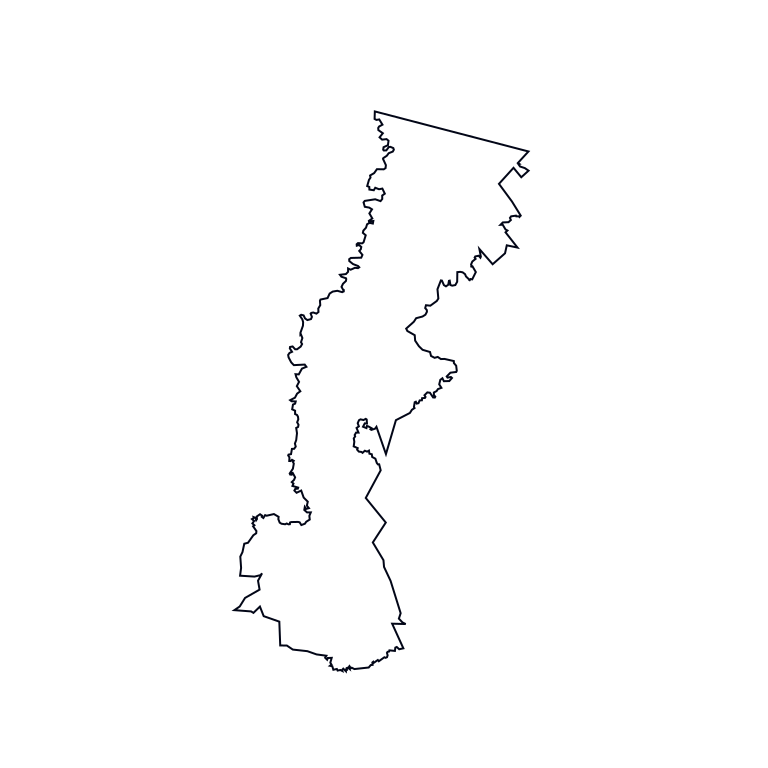 the district of San Juan Cotzocón, Oaxaca, Mexico, rotated 321°
{"feature_id": "50627088B74666108696895", "entity_name": "San Juan Cotzocón", "entity_type": "district", "adm_level": 2, "iso_a3": "MEX", "parent_name": "Mexico", "parent_adm1": "Oaxaca", "projection": "mercator", "projection_center": [-95.529, 17.312], "detail": "fine", "context": "isolated", "style": "outline", "palette": "ink", "viewbox_px": 768, "rotation_deg": 321, "n_neighbors": 0, "source": "geoboundaries", "source_scale": "gbopen_adm2", "svg_char_len": 6154}
<svg xmlns="http://www.w3.org/2000/svg" viewBox="0 0 768 768"><g transform="rotate(321 384 384)"><path d="M144.4,488.7L153.1,502.8L138.8,521.9L143.9,526.1L146.0,533.0L156.3,543.4L161.4,551.7L168.2,558.9L166.0,559.7L166.3,562.5L167.9,561.6L171.0,563.9L166.9,566.8L166.6,569.0L164.7,569.0L166.2,570.8L164.8,574.2L168.0,575.8L167.6,577.5L170.1,578.8L171.0,580.8L171.3,579.9L173.2,579.6L173.6,583.3L174.7,582.0L175.4,582.7L176.3,581.3L177.4,581.7L177.8,583.4L178.3,581.9L179.6,581.5L179.4,584.1L180.4,584.2L181.6,586.9L193.7,594.7L196.8,594.1L198.4,595.1L199.7,593.1L200.6,593.1L200.0,594.2L205.5,594.6L205.5,596.2L212.3,596.6L212.9,597.8L214.4,598.2L216.1,597.1L217.1,594.8L218.2,594.4L219.6,595.1L220.6,594.4L224.5,598.3L226.9,596.0L228.4,596.4L228.9,599.7L232.7,601.6L239.5,575.4L249.8,584.2L248.3,580.9L247.9,575.7L252.7,572.6L265.2,541.2L268.9,526.2L272.7,520.6L275.6,500.1L298.2,492.8L298.1,461.1L327.1,449.0L329.7,443.4L328.7,442.7L328.7,440.9L330.3,436.6L328.9,433.3L330.3,430.9L328.8,429.0L330.4,426.3L328.3,425.9L327.1,423.8L324.0,424.0L323.7,422.6L321.9,420.7L321.8,418.1L323.2,417.3L321.2,413.4L324.6,410.2L326.3,407.2L328.6,406.6L329.1,405.2L331.7,404.2L333.6,405.7L335.0,400.9L337.8,401.1L338.9,397.9L341.8,396.4L343.5,396.7L345.4,399.1L347.9,399.6L348.2,400.7L345.9,404.0L344.3,402.5L340.8,404.0L342.6,407.2L344.3,405.9L345.2,407.2L346.5,410.5L345.0,410.7L345.3,411.7L348.9,413.1L351.2,412.5L341.4,439.7L370.5,419.6L385.9,422.8L389.5,421.6L392.6,421.9L392.8,420.7L396.4,417.5L397.6,417.8L397.1,419.8L398.7,420.6L401.4,419.2L403.2,420.5L404.7,419.0L407.0,420.6L408.1,420.2L408.4,418.2L412.4,417.8L414.2,419.7L413.7,425.4L415.0,426.5L415.9,426.1L415.8,424.0L417.4,422.0L420.4,422.6L422.7,421.9L426.2,423.1L426.7,419.0L430.4,416.2L433.0,416.3L432.3,419.5L436.6,422.8L440.6,422.1L440.4,420.7L437.4,419.0L437.5,417.6L442.7,417.0L447.7,420.1L448.9,419.5L451.6,415.2L451.5,411.7L452.7,410.1L446.8,402.6L443.9,400.4L442.8,396.8L439.8,395.5L438.2,391.8L439.9,388.1L435.5,381.7L434.9,376.6L435.5,369.9L438.6,365.4L435.5,357.5L436.1,354.9L446.4,354.4L450.4,353.1L456.4,355.8L459.8,356.2L462.8,354.9L463.8,353.5L463.8,350.9L466.2,349.2L469.3,352.3L477.3,352.7L480.0,351.8L485.2,344.0L493.4,339.3L494.1,340.1L492.8,344.8L493.6,347.1L496.4,347.3L499.4,344.7L500.1,345.0L497.9,348.9L498.9,350.5L501.7,352.0L505.2,350.6L511.4,343.2L513.8,344.8L515.4,346.7L516.1,349.7L515.4,352.0L516.0,356.8L515.1,357.5L517.3,356.9L518.4,358.2L525.8,354.8L526.8,348.3L525.0,347.4L526.3,347.6L526.9,345.9L529.7,344.4L533.9,344.4L534.0,342.8L535.2,342.3L538.3,343.9L538.4,346.5L539.4,346.0L543.1,339.1L543.8,359.3L560.3,358.6L566.7,353.5L573.6,362.0L573.9,342.6L576.5,342.4L575.7,340.3L576.5,334.9L574.7,333.6L578.0,333.2L582.6,336.6L585.8,336.4L586.4,334.2L588.3,333.7L592.5,336.2L592.3,336.9L594.5,338.7L594.4,339.4L596.2,339.2L598.3,322.7L599.3,300.8L620.7,297.5L620.8,309.7L630.6,309.2L629.3,304.8L626.6,300.6L626.8,298.0L627.7,298.3L627.1,296.5L642.6,294.2L548.4,166.4L543.5,172.1L544.3,174.0L546.8,175.4L546.0,181.5L542.2,180.8L540.6,181.4L539.4,183.2L540.9,188.4L535.8,189.5L536.3,192.9L540.1,195.3L540.6,197.8L537.3,200.9L532.7,199.7L530.8,201.4L530.8,202.4L532.8,203.9L536.9,202.9L538.2,203.7L539.7,206.5L539.1,208.1L537.1,208.9L532.9,207.6L529.8,208.4L525.6,208.0L524.9,208.4L523.2,215.1L521.1,217.2L518.9,217.0L513.7,212.6L509.1,213.9L504.4,213.2L503.4,215.1L500.8,215.9L495.5,219.6L496.6,221.6L495.0,223.7L498.0,227.0L500.7,226.0L502.7,229.5L505.7,231.1L504.4,236.6L501.2,236.4L499.1,239.1L496.4,239.7L493.4,234.9L484.3,229.6L482.4,230.0L480.6,234.2L483.5,237.6L484.6,240.7L480.0,242.2L479.1,248.0L474.9,247.7L474.6,248.3L478.3,250.6L476.3,252.3L474.2,249.7L471.4,249.2L468.4,251.2L464.5,251.8L462.7,253.2L463.4,256.9L457.3,261.0L455.6,261.0L452.4,258.1L450.7,258.2L449.9,259.4L452.1,260.3L452.6,263.2L450.7,264.7L448.5,265.0L448.5,270.1L445.8,271.5L437.6,265.2L435.5,265.1L434.4,266.6L435.4,271.3L438.1,276.0L438.2,277.7L436.7,277.6L434.5,275.4L430.0,274.2L428.8,271.6L426.7,274.2L423.6,274.6L418.5,271.4L418.4,273.8L421.0,277.9L420.7,278.7L419.2,280.0L415.2,280.3L412.1,281.8L411.3,286.5L410.0,287.0L410.8,286.4L409.3,286.3L406.4,282.2L402.3,279.9L398.7,279.5L394.2,281.7L387.8,278.4L386.6,279.0L384.1,282.6L380.4,284.0L378.4,286.8L375.8,286.8L374.0,283.9L372.2,283.0L371.3,283.1L370.2,286.5L368.1,287.6L364.7,286.1L363.9,283.4L364.7,280.1L363.2,278.1L361.6,277.9L361.2,282.4L360.1,285.0L357.7,287.7L351.3,291.6L349.9,293.3L350.6,293.4L349.5,296.9L345.8,299.3L345.5,301.4L342.8,302.5L338.3,302.3L336.8,301.1L336.6,297.3L334.3,296.1L333.2,297.1L332.8,301.1L330.1,300.4L327.8,301.1L326.6,303.3L325.5,308.8L325.8,312.6L334.6,319.0L334.5,321.8L329.9,320.4L323.8,322.9L321.4,320.7L320.1,323.6L319.3,328.9L314.9,330.8L314.4,337.0L310.4,336.8L306.2,338.6L300.9,337.5L301.3,339.2L304.4,342.0L302.6,343.3L300.3,342.7L296.7,345.9L298.1,348.8L296.0,351.4L296.9,353.3L296.6,355.2L295.2,357.5L292.4,359.1L291.9,361.9L290.2,363.3L288.1,362.9L285.4,367.5L280.4,372.4L277.3,374.2L276.0,377.1L273.4,377.8L271.6,376.5L267.6,380.0L265.4,378.8L264.6,379.2L264.3,381.6L261.9,384.2L262.9,385.1L264.8,385.0L265.5,386.9L264.2,387.2L263.8,389.1L259.9,392.5L254.4,394.2L254.1,395.3L255.1,396.3L256.2,395.2L257.1,395.6L256.2,400.6L253.7,401.9L250.6,402.2L251.0,404.4L248.7,405.6L252.1,410.5L251.2,411.1L249.0,409.7L247.3,410.4L247.6,413.5L252.6,414.7L250.1,421.7L250.7,427.5L247.5,430.0L247.5,433.2L244.9,432.1L245.1,429.7L242.8,431.7L243.4,435.4L246.3,437.7L243.0,439.5L241.0,442.6L236.9,442.1L234.6,442.8L231.0,441.6L231.4,438.4L230.4,437.1L225.0,432.9L223.8,432.5L222.6,433.7L221.5,433.0L220.6,431.2L218.9,430.8L216.4,428.1L215.7,426.1L216.8,422.6L218.5,420.9L216.6,415.8L209.9,412.5L209.1,411.1L205.9,412.2L205.4,410.2L206.4,409.6L205.7,407.2L201.7,406.9L200.3,409.0L199.0,409.4L199.9,407.1L198.9,405.4L198.6,406.2L196.4,405.9L196.9,408.7L194.0,409.5L194.4,412.2L192.7,412.2L192.3,418.0L190.7,419.6L187.3,419.3L178.4,421.8L174.9,420.2L168.2,425.6L163.7,427.7L157.2,437.0L151.5,442.4L162.2,452.2L167.7,454.8L170.1,454.4L162.3,457.6L157.9,465.5L141.4,462.8L131.9,466.1L125.4,465.6L137.6,477.1L138.5,479.7L147.5,478.9L144.4,488.7Z" fill="none" stroke="#020617" stroke-width="2"/></g></svg>